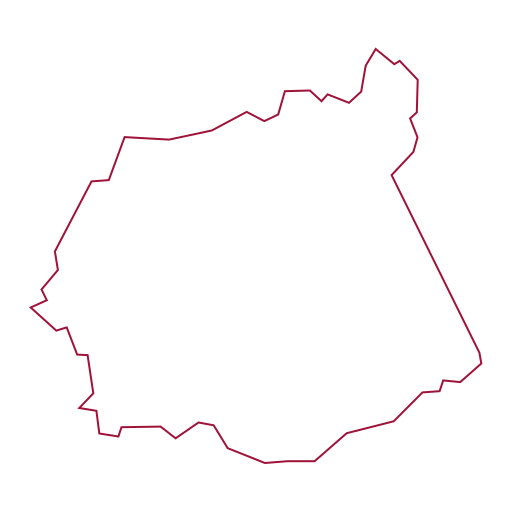 Ritchie, West Virginia, United States of America
{"feature_id": "52423323B94765650307580", "entity_name": "Ritchie", "entity_type": "district", "adm_level": 2, "iso_a3": "USA", "parent_name": "United States of America", "parent_adm1": "West Virginia", "projection": "natural_earth1", "projection_center": [-81.069, 39.199], "detail": "fine", "context": "isolated", "style": "outline", "palette": "rose", "viewbox_px": 512, "rotation_deg": 0, "n_neighbors": 0, "source": "geoboundaries", "source_scale": "gbopen_adm2", "svg_char_len": 776}
<svg xmlns="http://www.w3.org/2000/svg" viewBox="0 0 512 512"><path d="M479.4,352.7L391.6,175.1L413.4,151.9L417.5,137.3L410.1,118.4L416.8,112.4L417.7,79.8L399.7,60.9L394.3,64.2L375.7,49.0L365.7,65.7L361.2,91.6L349.0,102.8L327.6,94.4L321.5,101.2L309.9,90.5L284.9,91.2L278.2,114.5L264.3,121.1L246.7,111.9L211.7,130.5L169.1,139.6L124.6,137.1L108.8,180.1L91.5,181.4L54.9,251.4L57.9,270.0L41.5,289.5L46.8,300.2L30.7,307.5L56.3,330.6L66.7,327.4L77.2,354.6L87.6,355.1L93.3,393.3L79.3,408.0L96.4,410.8L99.3,433.5L118.4,436.5L121.5,427.2L160.6,426.6L175.6,438.3L198.5,422.5L213.7,425.3L227.7,448.2L264.9,463.0L287.6,461.2L314.6,461.2L346.7,433.2L393.7,421.3L422.5,392.4L439.6,391.2L443.2,380.4L460.2,382.1L481.3,363.5L479.4,352.7Z" fill="none" stroke="#9f1239" stroke-width="2"/></svg>